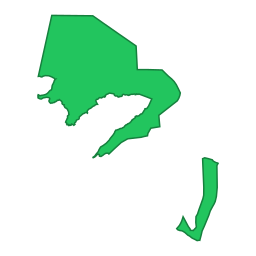 Vaa o Fonoti, Samoa (Robinson projection), rotated 180°
{"feature_id": "51752279B29729282307798", "entity_name": "Vaa o Fonoti", "entity_type": "district", "adm_level": 2, "iso_a3": "WSM", "parent_name": "Samoa", "parent_adm1": "", "projection": "robinson", "projection_center": [-171.548, -13.927], "detail": "fine", "context": "isolated", "style": "filled", "palette": "green", "viewbox_px": 256, "rotation_deg": 180, "n_neighbors": 0, "source": "geoboundaries", "source_scale": "gbopen_adm2", "svg_char_len": 4383}
<svg xmlns="http://www.w3.org/2000/svg" viewBox="0 0 256 256"><g transform="rotate(180 128 128)"><path d="M108.9,186.4L118.7,186.4L119.9,210.0L138.8,223.1L153.7,233.5L163.2,240.2L204.2,240.6L217.7,179.6L216.8,179.7L215.7,179.6L215.0,179.1L214.2,179.1L213.5,179.3L213.2,179.7L210.8,180.4L207.0,180.2L206.1,179.8L204.3,179.1L202.7,178.2L202.1,178.0L201.4,177.3L201.1,176.7L200.5,176.8L201.6,175.6L202.1,174.0L202.9,172.2L203.6,171.0L203.9,169.9L204.2,167.3L204.4,166.6L204.8,166.0L205.4,165.9L206.5,165.0L207.7,163.5L208.7,162.6L209.6,161.9L211.2,161.3L212.7,160.9L215.0,160.6L215.5,160.3L216.8,160.5L217.2,161.1L217.8,161.3L218.1,160.2L217.7,159.6L218.0,159.2L217.7,158.8L218.0,158.2L216.9,157.5L215.8,157.1L214.6,157.0L212.4,158.3L211.4,158.3L209.6,158.7L208.2,158.6L206.8,158.2L206.4,157.8L206.2,157.1L207.0,155.5L207.0,154.7L206.3,153.5L205.2,152.7L204.5,153.0L203.5,153.0L202.8,153.4L201.9,153.4L201.3,154.1L200.6,154.1L199.8,154.6L198.8,155.4L198.7,155.7L197.6,155.7L197.0,155.9L196.7,156.4L194.5,154.8L193.8,153.5L194.0,152.8L193.7,152.0L193.1,151.5L191.9,151.2L192.1,150.8L192.0,150.3L191.6,149.6L191.1,148.6L190.6,148.1L189.8,147.8L188.7,146.8L187.8,144.9L187.4,144.1L187.3,142.3L187.0,141.4L188.5,140.0L188.5,138.9L188.4,137.9L188.9,137.4L189.2,136.5L190.1,134.7L190.4,133.8L189.7,133.3L189.3,132.9L189.5,132.2L188.9,131.2L188.1,131.7L187.6,131.4L187.8,131.1L187.1,130.4L186.1,131.1L186.0,130.7L185.3,130.7L184.7,131.0L184.3,131.9L182.6,131.1L182.2,130.7L181.1,131.6L181.5,132.1L181.2,133.3L180.2,134.1L179.6,135.8L178.6,136.3L177.2,136.8L176.8,137.7L176.6,139.3L175.5,140.1L173.0,142.3L172.3,142.4L171.4,142.9L170.9,143.4L169.3,143.3L168.6,142.9L168.5,143.7L168.9,144.2L168.8,144.9L168.4,145.6L166.9,147.1L165.5,147.7L164.6,148.3L163.5,149.3L162.2,150.1L161.4,150.3L160.6,151.3L158.9,151.7L158.5,151.7L159.3,153.1L160.2,155.1L160.2,155.5L159.5,156.6L158.3,156.7L157.2,157.7L156.7,158.4L156.2,158.4L155.5,158.2L154.8,158.4L154.5,158.1L153.9,158.4L152.8,159.1L152.3,159.1L151.6,159.6L152.0,160.2L151.7,160.0L151.3,159.0L150.8,159.3L150.3,160.7L149.7,161.5L148.0,162.1L147.1,162.7L146.4,162.9L143.5,162.4L142.3,162.2L141.9,161.9L141.6,160.8L140.6,160.0L138.9,160.0L138.1,159.1L137.1,158.9L136.7,159.5L135.0,159.5L134.1,159.8L133.7,160.5L133.6,161.1L133.2,161.5L132.3,161.7L130.8,161.0L130.0,161.3L128.9,161.2L127.7,160.6L126.7,161.1L126.6,160.9L124.9,161.7L123.2,161.7L121.4,162.0L120.8,161.8L120.7,161.3L120.0,161.4L119.4,162.1L118.0,161.6L117.1,162.0L109.6,159.2L104.2,157.1L107.4,150.0L109.1,147.6L109.4,147.4L110.9,147.3L110.8,147.0L112.4,144.7L113.1,143.4L114.2,142.1L115.4,141.9L117.1,140.2L118.4,140.0L118.8,139.7L119.5,140.1L120.7,139.5L120.5,139.1L120.6,138.6L121.4,137.8L121.9,137.5L123.5,136.1L123.6,136.3L124.3,135.7L124.6,134.9L125.3,134.0L125.8,133.7L126.3,133.0L128.4,132.1L128.5,131.8L129.4,131.3L129.8,131.3L131.2,130.1L131.7,129.3L132.3,128.7L133.3,128.3L133.9,127.8L134.6,127.6L135.8,127.5L138.0,126.3L138.3,126.4L139.5,125.9L140.3,125.8L141.3,124.0L141.5,123.2L142.8,121.2L144.0,119.7L145.1,118.4L146.1,117.1L146.6,116.1L148.3,114.3L149.7,112.8L153.0,110.4L155.4,109.0L156.2,107.7L157.2,105.9L157.7,104.5L158.9,103.0L159.6,102.3L159.9,101.7L160.3,101.3L161.1,100.1L162.1,99.3L163.0,98.7L162.8,98.3L161.3,99.0L160.0,100.1L159.6,100.7L158.8,101.4L157.7,101.8L156.7,101.5L156.8,101.1L156.5,99.8L155.6,99.8L155.1,99.5L154.3,100.0L153.4,100.5L151.8,101.8L150.6,102.5L149.9,102.8L147.8,102.8L147.1,102.0L141.8,107.1L134.8,113.5L128.3,117.2L116.9,118.5L115.0,118.7L111.9,119.5L108.5,120.2L108.1,122.6L105.2,127.8L96.2,129.3L97.2,140.7L83.2,151.7L78.7,155.2L77.2,157.8L76.2,160.5L75.7,163.1L77.5,166.9L79.7,171.3L81.9,174.5L84.4,177.1L87.5,179.7L90.8,182.9L93.9,186.0L108.9,186.4ZM72.9,39.2L74.2,35.2L75.1,33.2L76.4,30.8L77.7,29.2L79.3,27.4L78.4,26.3L76.3,25.5L74.8,25.3L73.7,25.1L71.1,23.5L68.1,20.8L66.5,20.0L64.0,18.0L62.6,17.3L60.9,16.5L58.9,15.4L56.5,15.8L56.2,15.7L55.4,18.8L54.7,21.5L53.9,25.0L51.8,29.6L49.4,35.4L47.2,40.7L45.8,45.0L43.5,49.3L41.9,52.1L40.8,54.5L39.6,59.6L38.8,68.5L39.1,90.5L38.7,91.2L37.9,92.7L39.0,93.2L39.7,93.3L40.8,93.8L42.4,94.7L43.0,95.2L43.7,96.2L47.8,97.4L51.3,98.2L53.4,97.3L52.2,68.6L52.3,60.8L53.1,57.3L55.0,52.0L57.1,46.2L58.5,41.9L60.0,39.4L60.1,36.4L60.2,33.7L59.7,29.1L60.2,28.1L60.9,27.5L62.8,25.4L63.4,25.6L65.6,25.6L66.0,27.2L67.6,29.3L71.1,35.9L72.9,39.2Z" fill="#22c55e" stroke="#15803d" stroke-width="1.5"/></g></svg>